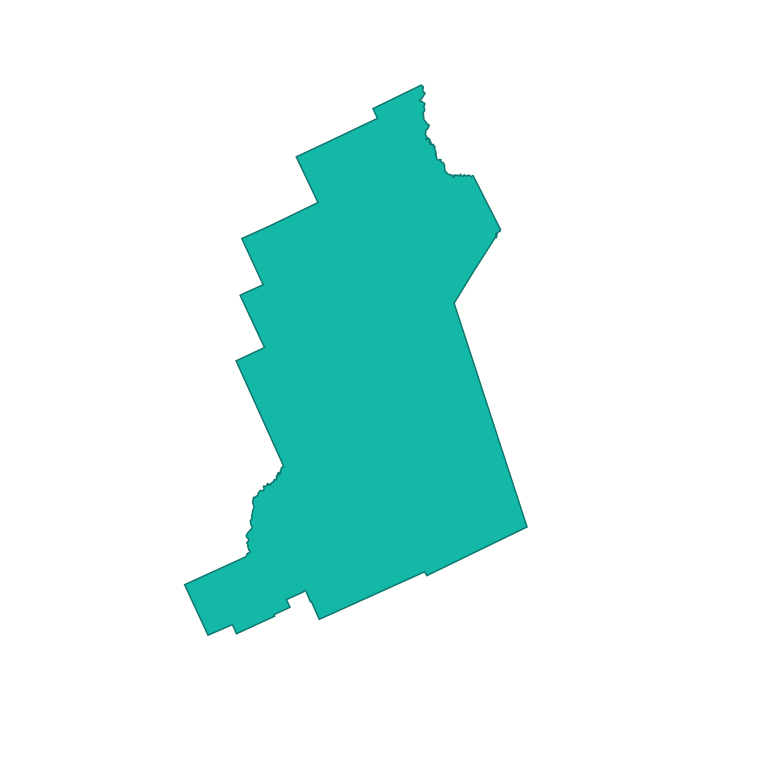 Coronel Suárez, Buenos Aires, Argentina, rotated 199°
{"feature_id": "61730980B58975143566446", "entity_name": "Coronel Suárez", "entity_type": "district", "adm_level": 2, "iso_a3": "ARG", "parent_name": "Argentina", "parent_adm1": "Buenos Aires", "projection": "orthographic", "projection_center": [-61.824, -37.54], "detail": "fine", "context": "isolated", "style": "filled", "palette": "teal", "viewbox_px": 768, "rotation_deg": 199, "n_neighbors": 0, "source": "geoboundaries", "source_scale": "gbopen_adm2", "svg_char_len": 6025}
<svg xmlns="http://www.w3.org/2000/svg" viewBox="0 0 768 768"><g transform="rotate(199 384 384)"><path d="M507.2,129.3L468.6,89.2L449.0,107.2L442.2,99.8L411.8,128.9L412.9,130.1L400.2,142.3L406.0,148.4L392.3,161.4L392.6,161.8L390.9,163.3L382.7,154.1L382.0,154.8L368.6,140.4L284.4,219.7L281.2,216.7L202.2,295.4L344.0,483.2L335.7,520.7L326.7,557.9L326.5,558.3L326.2,558.5L325.5,558.9L325.3,559.4L325.4,559.6L326.2,559.5L326.4,559.6L326.5,559.7L326.4,560.0L325.6,560.3L325.5,560.8L326.5,561.0L326.8,561.4L326.7,561.6L326.1,561.7L325.9,561.9L325.9,562.2L326.0,562.6L326.8,562.8L327.0,563.0L326.9,563.3L326.0,563.8L325.4,564.9L325.2,565.6L324.7,565.8L324.3,565.8L324.0,566.0L324.0,566.5L324.3,567.1L324.4,567.4L324.1,568.0L367.6,610.0L367.8,610.0L368.0,609.7L368.7,608.7L369.0,608.5L370.7,609.0L371.3,609.1L371.6,608.8L371.9,608.6L372.2,608.7L372.6,608.5L372.9,608.3L373.6,607.5L373.8,607.4L375.5,607.5L376.3,608.0L376.5,607.7L376.6,606.5L376.7,606.2L376.9,606.1L378.5,606.0L379.3,607.0L379.6,607.2L379.9,607.0L380.6,606.0L380.7,605.1L380.9,604.9L381.3,604.9L382.2,605.3L382.7,605.4L384.5,604.6L384.8,604.5L385.5,604.5L385.8,604.3L385.9,604.2L385.2,603.0L385.1,602.7L385.1,602.4L385.4,602.1L385.7,602.1L386.1,602.4L386.8,602.9L387.1,603.2L388.6,603.5L389.8,603.6L391.4,603.1L391.8,603.2L392.1,603.3L392.8,603.9L393.2,604.1L394.5,604.7L395.9,605.8L396.1,606.2L396.4,606.6L396.9,607.7L397.7,609.9L397.9,610.6L398.6,611.1L399.0,611.2L399.3,612.1L399.5,612.3L400.8,612.5L401.5,612.4L401.8,612.4L402.3,612.8L402.6,612.7L402.9,612.8L402.8,613.4L403.1,614.5L403.3,614.6L403.6,614.6L404.1,614.2L404.6,614.2L404.8,613.6L405.2,613.5L406.7,613.5L407.2,613.8L407.5,614.0L407.9,615.3L408.1,615.6L408.5,616.0L408.6,616.3L408.9,616.7L409.4,617.0L409.5,617.4L409.4,617.7L409.6,618.0L409.8,618.0L410.4,617.8L410.5,618.1L410.1,618.6L410.0,618.9L410.1,619.7L410.9,620.5L411.0,620.9L411.3,621.3L412.1,622.2L412.2,622.5L412.6,622.7L413.2,623.6L413.2,624.2L412.9,624.8L413.1,625.1L413.5,625.1L413.9,625.0L414.7,625.0L415.1,626.6L415.4,626.6L415.6,626.2L416.0,626.0L416.4,625.9L416.6,626.2L417.0,626.1L418.8,625.9L419.1,626.0L419.1,626.3L419.0,626.5L418.1,627.2L418.0,627.5L418.2,627.9L419.2,627.7L420.1,627.8L420.2,628.2L419.8,629.1L419.6,629.5L419.8,629.8L422.3,631.0L422.6,631.0L422.9,630.7L422.8,629.8L423.1,628.8L423.5,628.5L424.2,629.0L424.2,629.5L424.0,630.0L423.8,630.8L424.1,631.5L426.4,633.7L426.3,634.3L426.4,635.0L426.3,635.6L426.5,636.0L426.8,636.3L427.0,637.4L427.0,637.9L426.9,638.3L425.9,639.0L425.8,640.3L425.5,641.3L425.4,641.7L425.5,643.0L425.7,643.5L426.1,643.8L426.5,643.8L427.1,643.3L427.4,643.4L427.5,643.7L429.5,645.4L430.6,645.9L431.9,646.6L432.2,646.9L432.5,647.3L432.8,648.3L433.1,648.7L433.7,649.3L433.8,649.6L433.8,650.6L434.0,651.1L434.3,651.5L435.2,652.1L435.4,652.5L435.0,653.2L435.5,653.9L435.3,654.1L434.8,654.6L434.6,655.0L434.8,655.5L434.9,655.9L434.9,657.1L436.1,658.1L436.3,658.8L436.6,660.1L436.5,661.3L436.4,661.7L436.4,662.0L437.2,662.7L438.0,663.0L438.5,663.1L439.1,663.0L440.6,663.7L441.0,663.6L441.4,663.4L441.5,663.1L442.4,663.7L442.6,664.0L442.5,664.4L441.7,665.6L441.1,666.3L440.9,666.6L440.8,667.0L441.0,667.7L440.9,668.2L440.5,669.2L440.4,669.7L440.5,670.4L440.5,670.7L440.0,671.1L439.8,671.3L439.8,671.9L439.9,672.2L440.5,672.7L440.8,672.8L441.1,673.0L442.4,673.3L442.7,674.0L443.3,674.7L443.3,675.7L443.1,676.3L443.4,677.4L443.6,677.8L444.7,678.1L446.0,678.8L484.1,640.8L476.7,633.0L511.9,598.4L540.9,570.2L505.5,534.1L544.2,495.6L565.8,475.2L530.6,438.5L544.5,425.5L548.9,421.0L509.0,379.7L509.3,379.5L509.2,379.2L531.4,357.8L452.5,274.0L452.5,273.6L453.0,273.0L453.0,272.8L453.1,271.8L453.2,271.6L453.7,271.3L453.7,271.0L453.4,270.4L453.5,269.7L453.5,269.4L453.7,268.4L453.6,267.6L453.4,267.4L452.9,267.1L452.8,266.2L453.6,266.1L453.8,265.9L454.8,265.8L455.1,265.6L455.3,264.9L455.4,264.5L455.3,264.4L454.9,264.5L454.6,264.4L453.8,264.6L453.4,264.5L453.6,264.1L454.4,263.7L454.9,263.1L455.1,262.5L455.6,262.2L455.8,261.9L455.5,261.5L455.0,261.2L455.0,260.3L454.8,259.1L454.6,258.9L454.8,258.7L455.0,258.6L455.1,258.3L455.6,258.4L455.9,257.9L456.5,257.8L456.9,256.6L456.9,256.3L456.7,256.2L456.7,255.4L457.0,255.2L457.1,254.9L458.2,253.8L458.5,253.2L458.5,252.8L458.6,252.6L458.5,251.9L458.4,251.5L458.5,251.4L458.9,251.7L459.2,251.9L460.0,251.4L460.4,251.3L460.7,252.0L461.0,252.0L461.5,252.0L461.7,251.8L461.8,251.4L461.8,250.7L461.7,250.1L461.8,249.7L462.3,249.1L462.4,248.8L462.8,248.6L463.3,248.5L464.3,248.4L464.6,248.1L464.5,247.4L464.3,247.3L464.1,247.0L463.6,246.5L463.4,246.2L463.4,245.7L463.2,245.3L463.3,244.4L463.7,243.5L464.1,243.4L464.7,243.3L465.2,243.6L465.5,243.5L465.9,243.2L466.4,243.0L466.8,242.0L466.9,241.6L467.3,240.6L467.4,240.2L467.2,240.1L467.2,239.8L467.3,239.6L467.1,238.8L467.2,238.1L467.2,237.8L467.4,237.3L467.9,236.6L468.5,236.1L468.7,235.7L468.7,235.3L469.3,234.6L470.0,234.6L470.2,234.4L470.3,234.1L470.0,234.1L469.8,233.8L469.7,233.5L469.8,233.3L470.2,233.2L470.3,232.9L469.9,232.2L470.1,232.0L470.1,231.6L470.0,231.4L469.7,231.1L469.6,230.7L469.9,230.3L469.5,229.8L469.5,229.1L469.2,228.6L469.0,228.4L468.4,228.1L468.2,227.8L468.1,227.2L467.9,226.7L467.2,226.1L467.0,225.0L466.7,224.5L466.7,224.2L466.9,223.0L466.9,222.3L466.7,220.6L466.6,219.5L466.4,219.0L466.4,218.4L466.3,217.6L466.2,216.1L466.1,215.8L465.7,215.7L465.4,215.5L465.5,215.0L465.3,214.4L465.3,213.8L465.2,213.2L465.3,212.8L465.5,212.5L465.8,211.9L465.8,210.8L465.6,210.3L465.0,209.7L464.8,209.2L464.6,208.5L463.6,207.2L462.4,206.3L462.0,205.7L461.8,205.1L462.0,204.4L462.7,203.1L463.4,201.1L464.4,198.8L464.5,198.1L464.7,197.6L464.9,196.3L464.9,195.9L464.8,195.4L464.3,194.8L463.8,194.3L462.5,193.7L462.1,193.6L461.5,193.5L461.1,192.7L461.1,191.3L461.2,190.7L462.0,189.6L461.9,189.0L461.7,188.7L460.7,188.4L460.3,187.5L459.7,185.5L459.1,185.0L458.4,184.1L458.0,183.1L457.6,182.8L457.0,182.7L456.3,182.2L456.0,181.9L456.1,181.3L456.5,180.5L456.8,180.2L457.5,179.8L458.1,179.0L458.3,178.5L458.3,177.9L458.1,176.8L458.4,175.7L507.2,129.3Z" fill="#14b8a6" stroke="#0f766e" stroke-width="1.5"/></g></svg>